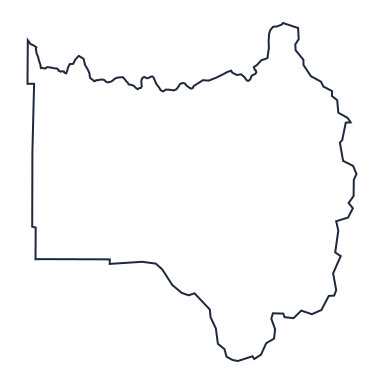 outline of Grand, Colorado, United States of America
{"feature_id": "52423323B77546934946548", "entity_name": "Grand", "entity_type": "district", "adm_level": 2, "iso_a3": "USA", "parent_name": "United States of America", "parent_adm1": "Colorado", "projection": "equal_earth", "projection_center": [-106.159, 40.085], "detail": "fine", "context": "isolated", "style": "outline", "palette": "slate", "viewbox_px": 384, "rotation_deg": 0, "n_neighbors": 0, "source": "geoboundaries", "source_scale": "gbopen_adm2", "svg_char_len": 2380}
<svg xmlns="http://www.w3.org/2000/svg" viewBox="0 0 384 384"><path d="M27.8,40.3L27.5,83.8L34.1,83.8L32.4,152.2L32.2,226.7L35.7,227.6L35.5,259.3L38.1,259.1L97.2,259.3L109.8,259.4L109.7,263.9L142.0,261.8L155.8,263.6L162.3,269.5L172.3,285.0L181.7,292.9L188.7,295.3L194.5,293.3L209.8,309.5L210.6,317.3L215.9,328.6L217.9,343.8L224.5,349.2L226.5,356.7L232.6,360.0L237.9,361.0L252.5,356.3L254.2,359.0L261.0,354.7L266.2,343.2L274.1,338.6L275.1,329.2L271.3,318.7L272.9,313.3L283.3,313.6L284.6,317.2L293.6,318.1L301.3,310.6L311.9,314.2L321.4,310.0L328.8,295.9L334.2,295.6L336.2,290.1L333.1,273.4L340.7,256.1L335.2,252.4L338.3,230.6L336.2,221.2L348.0,217.6L352.9,208.3L348.6,203.0L353.6,196.0L353.8,179.9L356.5,174.0L353.1,165.9L343.1,160.9L339.9,142.7L342.2,140.1L345.8,122.6L350.6,122.4L347.6,117.9L338.3,112.7L337.2,100.2L331.9,96.0L332.1,91.1L323.3,86.5L321.0,81.7L310.9,76.2L303.5,65.0L303.4,59.8L295.6,50.2L295.3,44.3L298.7,39.2L298.1,28.0L282.9,23.0L281.7,24.6L277.1,26.4L273.0,26.8L270.3,30.1L269.1,33.9L268.6,41.6L268.9,48.1L267.8,55.0L267.6,57.8L265.1,59.1L261.5,60.1L256.9,65.1L253.8,67.1L254.8,69.8L255.8,70.5L256.3,72.2L255.4,73.8L251.8,75.6L250.5,78.6L249.7,80.0L248.1,80.9L246.8,80.4L244.4,77.1L241.1,74.3L236.9,75.0L232.3,72.7L231.2,70.7L227.5,71.9L223.5,74.1L215.7,77.9L208.7,80.6L202.9,80.2L197.4,83.7L193.5,86.2L193.1,87.7L191.6,88.6L190.1,88.2L187.0,86.0L184.7,83.4L182.5,83.0L180.0,84.0L178.9,86.0L176.5,89.2L173.8,90.4L171.8,90.1L169.1,89.7L165.9,89.6L163.0,91.4L160.7,90.2L159.1,87.5L156.6,84.4L155.7,82.5L154.5,79.7L153.9,77.9L152.3,76.4L150.2,76.9L148.9,77.8L147.9,78.2L146.7,78.2L145.3,77.4L144.2,76.9L142.5,77.9L141.6,79.7L141.3,81.8L141.6,84.9L141.8,86.2L140.9,87.9L138.9,88.3L138.1,89.1L136.9,88.8L135.6,87.6L133.7,85.7L131.0,84.8L128.6,84.4L127.7,82.6L126.3,81.3L124.8,79.3L122.8,77.1L120.0,77.4L116.9,77.7L114.6,78.9L112.4,80.8L110.3,81.9L107.5,82.4L106.0,81.7L104.3,80.0L102.1,79.5L99.4,79.8L98.1,80.2L96.1,80.2L95.3,81.0L94.1,81.2L93.0,80.1L90.0,77.8L89.4,73.3L87.9,69.8L85.0,64.8L83.6,58.8L78.8,55.9L76.9,57.8L75.3,59.6L73.2,63.8L69.6,64.2L67.9,68.0L67.0,71.5L66.1,73.4L64.3,72.6L64.0,71.5L62.1,71.2L60.9,71.7L58.7,70.8L58.6,69.8L56.5,68.3L54.6,68.4L50.4,67.4L46.8,67.2L45.1,68.6L42.1,67.9L40.9,68.1L40.6,66.9L40.6,65.5L38.7,59.7L38.2,57.1L36.6,53.4L35.8,48.6L36.4,47.4L34.0,45.6L30.6,44.1L27.8,40.3Z" fill="none" stroke="#1e293b" stroke-width="2"/></svg>